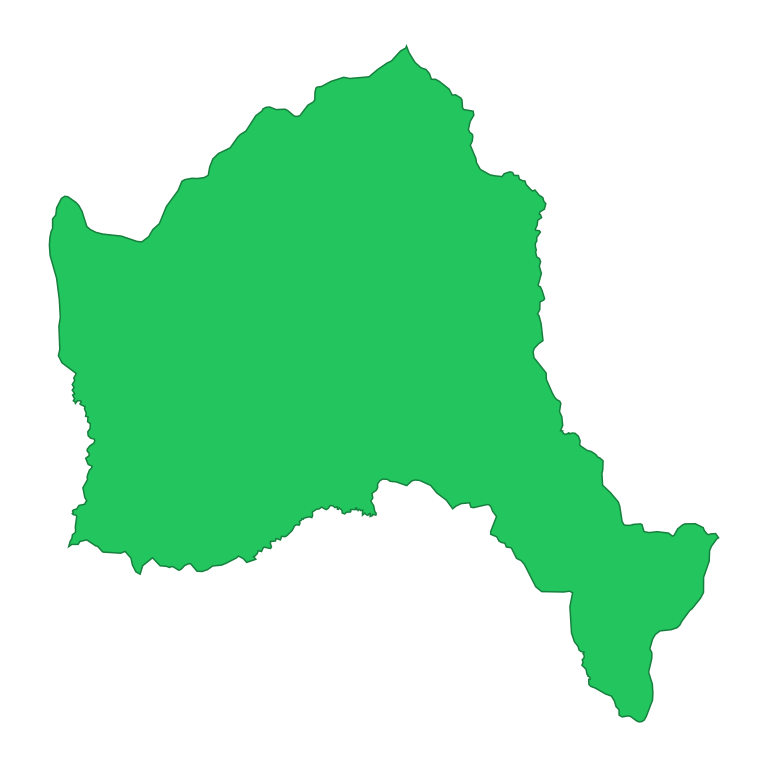 the district of Riosucio, Caldas, Colombia
{"feature_id": "7082276B83687707691324", "entity_name": "Riosucio", "entity_type": "district", "adm_level": 2, "iso_a3": "COL", "parent_name": "Colombia", "parent_adm1": "Caldas", "projection": "orthographic", "projection_center": [-75.735, 5.434], "detail": "fine", "context": "isolated", "style": "filled", "palette": "green", "viewbox_px": 768, "rotation_deg": 0, "n_neighbors": 0, "source": "geoboundaries", "source_scale": "gbopen_adm2", "svg_char_len": 5997}
<svg xmlns="http://www.w3.org/2000/svg" viewBox="0 0 768 768"><path d="M406.5,46.1L405.8,48.0L400.5,51.0L391.4,61.0L387.0,63.1L377.8,69.4L369.0,76.8L349.8,78.5L343.7,77.3L331.0,81.4L321.5,86.5L317.2,87.1L316.0,88.0L315.0,92.1L314.8,99.3L313.7,101.7L307.9,105.2L299.8,115.8L296.4,116.5L294.0,115.9L287.7,110.5L285.0,109.2L276.2,109.6L269.7,107.0L266.2,107.3L263.0,108.9L262.0,111.0L255.9,115.6L245.9,131.1L240.2,134.6L237.6,137.3L230.2,147.8L218.5,153.5L212.9,158.9L209.7,167.0L208.2,175.4L204.1,177.6L197.4,178.5L191.8,178.3L184.9,179.6L181.9,181.3L178.1,190.5L166.4,206.5L159.4,223.6L152.8,229.6L148.7,236.7L141.8,241.9L136.9,241.4L121.3,236.1L103.0,234.1L96.0,232.4L90.4,229.6L86.8,226.5L82.0,211.3L78.8,205.5L75.8,202.3L67.8,196.7L64.7,196.3L61.4,198.5L56.6,207.9L55.8,215.0L52.6,218.9L52.6,228.3L50.9,232.2L49.8,238.2L49.4,245.3L50.1,255.5L56.6,278.3L59.3,299.4L60.3,317.3L58.9,326.3L59.8,349.4L58.4,355.7L62.0,362.8L76.3,373.6L73.8,377.9L74.7,380.7L72.2,384.5L74.1,387.6L72.2,390.1L74.7,393.7L72.6,395.0L74.6,398.7L73.3,400.8L75.0,401.8L75.4,403.4L77.6,400.7L80.7,400.8L81.3,401.8L80.1,403.4L80.2,404.4L85.0,406.6L84.5,408.8L86.3,413.3L85.6,416.3L88.0,416.9L87.6,421.7L90.3,423.7L90.1,428.5L87.8,431.8L88.1,435.6L90.5,438.1L94.2,439.1L94.8,440.5L93.9,443.1L89.9,445.8L87.2,449.3L87.2,451.1L89.2,453.5L89.1,455.7L85.7,458.3L88.2,464.4L92.1,466.2L91.4,468.2L89.5,470.0L87.8,474.3L87.1,477.0L87.5,479.6L82.9,487.8L84.8,497.4L86.8,501.0L85.5,502.2L84.9,504.1L78.9,505.5L76.8,508.9L73.3,510.0L72.5,511.1L73.3,512.7L72.3,513.6L73.4,514.7L76.0,515.1L76.7,516.5L75.3,526.8L75.6,531.5L75.1,532.7L72.4,534.8L71.9,538.4L70.2,541.3L68.7,546.6L71.8,544.4L78.1,544.4L79.9,541.5L86.7,539.9L95.9,546.0L97.4,546.1L102.5,551.8L103.6,552.1L120.7,553.2L125.1,551.4L131.0,558.2L132.4,564.9L135.9,571.8L140.1,574.2L142.7,565.7L152.5,557.8L160.2,565.8L166.4,566.3L169.5,567.5L171.3,566.6L173.2,566.8L178.9,570.3L181.3,569.1L184.7,565.5L188.3,563.9L190.6,563.7L197.0,571.2L202.1,571.5L207.6,569.6L212.6,566.0L221.6,565.1L226.0,563.3L236.5,557.9L238.5,556.1L243.3,558.6L246.7,562.4L255.8,559.3L253.5,556.5L255.1,555.9L257.3,553.5L258.2,550.7L261.5,551.5L263.3,547.7L264.2,547.2L270.5,548.5L271.5,546.8L270.4,543.7L270.6,541.5L275.5,541.0L276.1,538.5L280.4,539.9L281.7,536.3L284.9,536.7L286.7,535.8L292.1,530.6L294.7,525.7L296.8,524.7L299.1,525.2L300.0,523.2L299.5,521.3L301.5,520.1L302.0,518.7L303.3,519.2L304.1,518.1L309.2,516.8L311.8,517.6L312.6,515.7L312.3,512.1L316.4,509.3L319.4,508.8L321.5,507.1L326.1,509.6L327.9,508.7L330.2,505.5L333.1,505.9L334.9,507.6L337.3,506.9L337.4,509.2L338.3,509.4L339.2,508.0L341.9,510.2L342.3,513.1L344.7,513.9L346.6,512.2L350.4,512.0L350.9,511.0L350.3,510.0L351.0,509.5L356.1,509.6L355.6,508.1L356.3,507.8L358.2,510.6L359.6,509.3L360.8,510.6L362.6,510.1L362.5,515.2L364.9,513.1L366.4,514.8L367.9,515.3L369.4,513.5L370.2,513.6L370.1,516.5L372.3,515.7L372.6,514.4L375.9,515.1L376.2,513.3L374.8,511.6L373.7,505.8L370.8,501.1L372.8,498.0L372.0,493.4L376.2,490.3L377.6,487.8L377.6,483.9L379.8,480.7L382.8,479.1L387.3,479.3L390.2,481.3L396.2,481.9L406.7,485.6L412.0,480.8L415.1,480.0L419.6,480.4L430.6,485.4L437.0,493.1L446.4,500.2L452.7,508.8L456.1,506.0L461.2,503.6L469.6,502.8L470.8,507.0L473.3,507.7L486.8,504.6L489.0,504.8L490.8,506.6L492.7,511.3L496.5,516.6L490.7,531.5L490.7,534.3L496.8,536.8L498.9,540.9L501.2,542.4L504.9,543.2L506.3,547.0L511.3,547.8L516.6,558.4L521.1,560.6L524.4,564.4L535.8,586.8L541.7,591.6L563.6,592.0L569.5,591.2L572.6,592.7L569.9,606.6L571.5,633.0L574.4,641.7L578.1,646.5L579.0,649.9L581.1,651.6L584.1,652.2L583.0,653.8L584.0,654.8L584.2,657.5L582.2,659.9L583.1,662.2L581.9,665.2L586.0,669.2L587.1,674.5L588.1,675.1L587.8,676.0L590.0,677.4L590.2,679.2L588.7,679.3L588.9,684.4L590.8,686.4L595.1,688.0L605.4,693.9L611.4,696.1L614.4,701.0L616.1,706.7L619.0,709.7L619.1,715.1L622.2,716.9L628.3,715.9L630.6,716.5L636.6,720.9L639.1,721.9L641.8,721.6L644.1,720.2L646.1,716.9L652.5,700.2L652.9,693.3L652.3,684.0L648.6,672.1L651.7,658.8L651.9,654.7L651.7,652.3L649.8,648.9L652.6,639.1L655.3,634.5L660.0,630.9L671.1,629.7L677.1,627.7L679.8,625.1L681.9,621.1L689.8,610.4L691.9,608.9L700.5,598.2L703.5,592.5L703.6,577.3L709.2,561.2L709.6,550.7L711.4,546.3L716.8,538.9L718.6,537.8L715.6,533.6L710.7,533.9L708.7,534.7L707.1,534.0L704.2,530.4L703.3,527.7L695.2,523.7L685.0,523.9L682.6,524.9L677.6,528.9L674.1,535.4L672.4,536.1L668.6,533.1L657.1,531.7L649.4,532.6L645.2,531.9L643.8,531.2L642.0,524.6L640.4,523.9L633.4,524.4L630.1,525.4L624.3,525.2L622.1,521.5L619.7,506.0L618.3,502.0L610.3,492.5L602.6,485.2L601.9,473.4L602.7,470.4L603.1,460.9L600.0,458.1L597.7,457.1L595.9,454.6L593.4,452.9L591.0,451.4L587.1,450.4L580.4,445.8L579.7,444.8L580.1,440.8L578.3,436.1L575.1,433.3L572.3,433.0L568.5,434.1L569.7,433.5L568.8,432.8L565.9,434.4L563.8,433.7L562.4,431.8L562.7,430.9L560.5,430.8L562.7,425.5L561.8,416.6L559.5,411.6L560.8,403.4L559.7,401.2L556.7,399.6L554.4,396.9L552.2,392.8L546.4,379.6L546.1,373.0L534.0,357.7L533.1,351.8L534.3,348.3L538.7,343.7L543.0,340.6L541.1,323.6L539.0,315.7L537.5,314.0L539.8,309.6L540.0,302.0L543.7,300.0L544.6,298.7L542.1,290.6L540.4,286.8L538.6,286.1L538.2,285.0L541.4,273.4L539.3,266.2L540.6,261.7L539.4,258.6L536.7,256.9L535.6,252.0L536.3,250.0L535.4,246.8L535.4,243.3L536.8,241.0L536.7,237.4L540.4,232.1L539.3,230.7L535.7,230.3L535.3,229.2L537.2,225.1L537.7,220.3L541.6,217.6L540.4,214.6L539.4,214.4L539.8,212.0L544.4,209.2L545.8,203.7L543.9,201.4L542.8,197.6L539.0,195.1L534.9,190.0L532.6,191.0L530.9,189.7L526.2,184.7L524.8,180.8L523.1,181.0L519.4,179.1L518.4,175.5L514.2,175.4L512.5,172.5L510.0,171.8L504.2,173.7L502.0,176.6L495.5,175.9L490.1,174.9L480.3,169.4L476.5,162.7L475.9,158.5L470.3,145.2L472.3,141.0L472.8,136.2L472.4,134.5L469.7,132.2L468.4,129.5L470.1,121.6L473.8,115.2L473.2,111.2L463.7,109.5L462.5,107.7L462.0,100.0L460.9,98.1L455.6,94.8L452.2,95.1L449.1,89.1L439.2,81.3L435.5,79.3L431.4,79.3L429.5,73.7L426.0,69.5L421.0,67.8L415.0,62.4L409.0,52.7L406.5,46.1Z" fill="#22c55e" stroke="#15803d" stroke-width="1.5"/></svg>